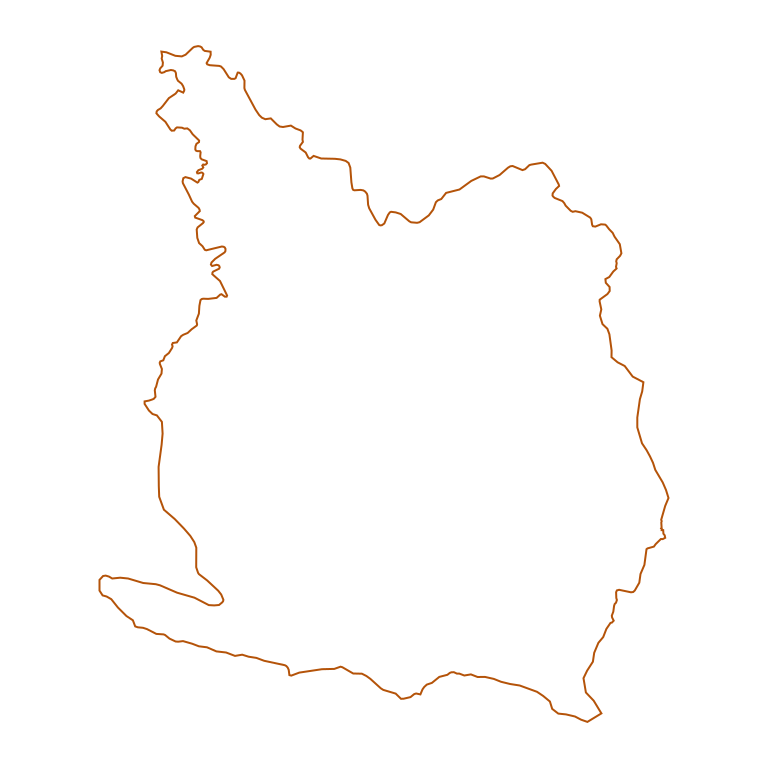 the district of Berik, Maekel, Eritrea
{"feature_id": "51966322B44125494570979", "entity_name": "Berik", "entity_type": "district", "adm_level": 2, "iso_a3": "ERI", "parent_name": "Eritrea", "parent_adm1": "Maekel", "projection": "mercator", "projection_center": [38.812, 15.386], "detail": "fine", "context": "isolated", "style": "outline", "palette": "amber", "viewbox_px": 768, "rotation_deg": 0, "n_neighbors": 0, "source": "geoboundaries", "source_scale": "gbopen_adm2", "svg_char_len": 6068}
<svg xmlns="http://www.w3.org/2000/svg" viewBox="0 0 768 768"><path d="M643.4,382.2L632.7,376.6L624.7,366.0L617.6,362.3L611.5,357.2L611.6,350.4L609.4,334.3L607.4,328.8L602.5,324.1L599.9,315.7L601.3,309.4L599.6,301.4L599.7,299.7L607.4,294.1L609.7,291.0L609.6,287.0L605.8,282.8L605.4,279.1L609.3,277.0L613.3,271.5L616.6,268.5L616.0,266.9L616.7,263.2L616.2,261.3L616.7,259.3L620.1,255.8L621.4,253.3L619.8,244.2L614.5,236.6L612.7,232.9L609.2,229.3L606.2,225.4L605.1,224.6L601.0,224.3L595.3,226.6L592.8,226.2L592.1,224.7L591.3,219.3L590.2,217.6L582.2,212.7L575.4,211.2L572.7,211.8L570.7,210.8L565.6,205.6L564.3,203.2L562.5,201.1L554.6,197.9L553.2,196.6L552.5,195.6L552.7,193.4L555.9,189.0L559.1,186.0L558.7,184.4L551.6,170.8L545.2,163.9L542.6,162.7L531.2,164.6L529.4,165.1L525.1,169.2L522.5,170.1L512.6,166.0L510.3,166.3L508.0,167.7L499.6,175.0L492.8,178.5L490.7,178.6L483.9,176.4L480.7,176.4L471.3,180.9L459.5,189.5L446.1,192.9L441.3,199.0L437.8,200.4L435.9,202.2L433.2,209.6L428.8,215.4L419.6,222.2L417.1,222.8L411.1,222.3L409.3,221.3L400.7,214.0L395.7,212.4L391.1,211.8L389.8,212.4L388.0,214.9L384.3,223.5L381.9,225.2L380.4,225.4L379.2,225.0L375.5,219.8L369.2,208.3L368.1,204.7L367.5,195.7L366.9,193.7L365.2,191.6L363.4,190.4L360.6,189.9L354.4,190.3L353.2,189.9L352.4,188.4L351.4,182.3L350.3,167.6L348.6,163.0L345.7,160.9L340.4,159.4L334.9,158.8L321.2,158.5L313.6,155.9L310.5,158.5L309.3,158.5L308.1,157.3L305.7,152.5L300.5,148.6L299.7,147.2L300.0,145.8L302.9,141.9L302.5,139.6L302.9,132.3L301.9,131.4L300.6,130.4L295.5,128.5L290.9,125.6L283.0,127.0L279.6,126.5L276.8,124.4L270.8,118.4L265.3,119.2L261.9,117.7L259.2,115.1L255.5,109.6L244.9,89.9L244.4,88.1L244.5,80.6L242.0,75.3L240.4,73.5L238.9,72.6L237.7,72.6L235.6,78.2L234.3,78.9L231.2,78.9L228.8,77.3L223.6,69.1L221.0,66.5L219.2,65.9L209.7,65.2L207.2,64.3L206.6,63.1L209.7,57.7L210.7,54.8L210.6,51.7L204.7,50.9L203.2,49.8L201.6,47.3L200.2,46.5L198.1,46.1L194.2,46.9L192.8,47.8L185.6,54.7L181.8,56.4L175.3,55.8L166.4,52.3L161.4,51.6L162.2,56.0L161.7,58.6L162.9,62.5L162.6,65.7L160.2,68.4L159.5,70.2L160.2,72.2L161.8,72.9L164.4,72.1L165.6,71.2L170.9,70.0L173.3,70.4L175.1,71.3L175.9,73.1L176.2,76.8L177.2,79.3L178.0,80.8L181.6,83.7L183.1,86.1L184.3,89.4L184.2,90.7L183.2,92.6L178.2,90.3L175.6,93.6L168.9,98.1L162.7,106.1L160.6,108.4L157.9,110.0L156.7,111.4L156.4,113.3L159.1,116.4L165.4,121.8L170.3,129.4L171.7,130.7L174.2,130.5L175.6,128.4L177.0,127.4L182.0,127.7L184.3,128.7L187.3,128.4L189.9,130.3L192.7,134.3L199.1,140.5L199.0,142.1L196.5,143.8L195.5,146.3L195.3,149.3L195.8,150.5L197.1,151.1L200.0,151.1L200.6,152.3L200.2,156.1L200.4,157.9L201.6,159.3L206.6,161.1L207.0,163.2L205.9,164.4L204.5,164.8L203.2,164.5L202.3,165.5L203.3,167.4L202.3,168.7L198.4,170.2L196.9,172.1L197.3,173.3L198.4,173.4L201.2,172.5L202.5,172.8L203.4,174.0L201.8,178.9L199.3,179.9L198.3,182.1L197.4,182.6L191.1,178.6L185.4,177.1L183.3,178.2L182.6,181.4L182.9,183.2L188.9,194.7L192.1,201.7L193.7,203.7L198.6,207.9L199.5,209.5L199.8,211.1L194.8,216.1L195.2,217.6L202.3,220.1L203.4,220.9L203.8,221.9L203.1,223.0L197.6,227.4L196.7,229.5L197.3,237.9L199.1,243.1L202.5,246.2L204.8,249.8L206.2,250.3L221.9,246.5L223.7,246.8L224.8,247.5L225.5,248.9L225.4,251.1L224.6,252.4L215.2,258.8L211.5,262.5L210.9,264.6L212.1,266.0L216.6,264.8L218.6,265.3L219.4,266.3L219.7,267.4L219.1,268.7L213.2,271.6L212.5,272.5L212.3,274.2L220.0,281.0L227.1,295.5L226.6,296.7L224.9,296.7L221.5,294.2L220.2,294.6L216.6,297.9L208.2,298.9L203.1,298.7L201.6,299.1L200.5,300.1L199.4,305.8L198.9,313.6L196.3,320.5L197.1,324.3L196.8,325.5L191.6,329.3L187.6,333.0L183.2,334.8L181.1,336.2L176.9,342.4L172.8,343.0L172.0,344.6L172.6,346.2L172.1,347.9L168.9,353.0L164.9,356.2L163.3,360.3L160.3,361.4L159.7,362.8L159.9,364.0L161.9,369.0L161.5,373.6L158.0,379.5L156.1,386.8L155.2,388.4L154.8,390.3L155.5,396.8L153.8,398.8L152.5,399.4L148.9,400.6L144.6,401.4L144.6,403.9L148.9,410.5L152.5,414.0L156.9,415.4L161.9,421.9L162.6,433.6L161.6,444.8L158.6,466.9L158.8,486.1L159.2,496.8L163.9,509.7L174.8,519.1L184.0,528.6L190.3,535.9L194.3,542.1L196.3,547.7L196.2,567.3L198.1,572.9L198.9,574.1L207.1,580.4L218.2,590.7L221.2,594.5L223.4,599.8L223.1,601.2L222.2,602.4L219.0,605.0L214.2,605.4L208.8,605.1L194.5,597.7L177.1,592.7L160.0,585.3L155.8,584.2L143.2,583.0L128.1,578.5L120.2,577.7L112.2,578.5L109.0,576.6L105.7,575.6L103.1,576.0L99.5,579.9L99.5,590.6L102.6,595.4L106.6,596.5L111.3,599.2L117.9,607.5L126.4,616.0L132.9,620.3L135.2,626.4L137.8,627.3L143.0,627.8L147.0,629.1L156.3,633.9L163.6,634.4L165.1,635.0L169.5,638.6L175.6,641.5L178.2,641.7L183.0,641.1L192.1,643.7L198.9,646.3L207.0,647.3L216.4,651.4L226.1,652.5L235.0,655.9L242.2,654.7L248.6,656.7L256.4,657.9L264.2,660.8L284.8,665.2L286.3,666.0L287.7,667.6L288.7,669.8L289.4,675.1L291.3,675.6L299.3,672.6L322.0,669.2L334.3,668.9L340.5,666.7L342.3,667.2L353.2,673.5L361.9,673.7L366.4,676.0L370.4,678.9L380.9,688.4L383.3,689.9L395.7,693.6L401.0,698.8L403.7,698.7L410.5,697.1L414.2,694.1L416.1,693.5L420.4,694.4L422.5,689.4L424.2,687.0L426.8,684.6L431.9,682.9L439.3,676.9L447.4,674.8L449.8,672.9L451.4,672.3L453.9,672.2L456.9,673.6L459.3,673.6L464.3,675.5L470.9,674.4L477.6,677.0L484.9,676.9L493.8,678.9L501.1,681.8L510.1,684.0L519.7,685.5L537.0,691.8L543.1,695.9L549.9,701.5L552.2,708.9L558.3,713.6L566.0,714.4L575.0,716.5L581.1,719.7L587.4,721.9L601.4,713.4L593.7,700.7L585.9,692.5L583.5,678.2L587.1,670.7L592.9,661.7L594.2,652.8L598.4,642.8L603.2,637.1L606.4,628.9L610.5,622.9L611.9,622.6L613.7,620.7L612.1,617.5L611.8,615.7L613.3,611.7L614.1,605.8L614.7,604.0L616.0,602.7L616.9,600.0L616.3,598.0L616.1,592.2L616.9,590.4L619.1,589.8L631.0,592.3L633.2,592.0L634.8,590.5L639.3,582.7L640.5,574.0L644.4,564.9L646.5,549.2L647.5,548.4L653.9,546.6L655.7,544.1L660.9,539.0L662.7,539.1L665.2,537.8L664.7,535.3L663.4,533.7L663.2,530.1L661.7,530.1L661.9,529.0L661.1,528.4L661.6,527.6L661.3,522.5L661.7,521.1L661.2,519.8L665.2,505.9L668.5,498.0L666.0,490.0L662.7,482.4L655.3,469.9L653.0,462.8L650.0,456.4L646.6,450.2L642.0,443.3L637.3,427.4L637.3,417.5L639.9,399.2L642.2,391.4L643.4,382.2Z" fill="none" stroke="#b45309" stroke-width="2"/></svg>